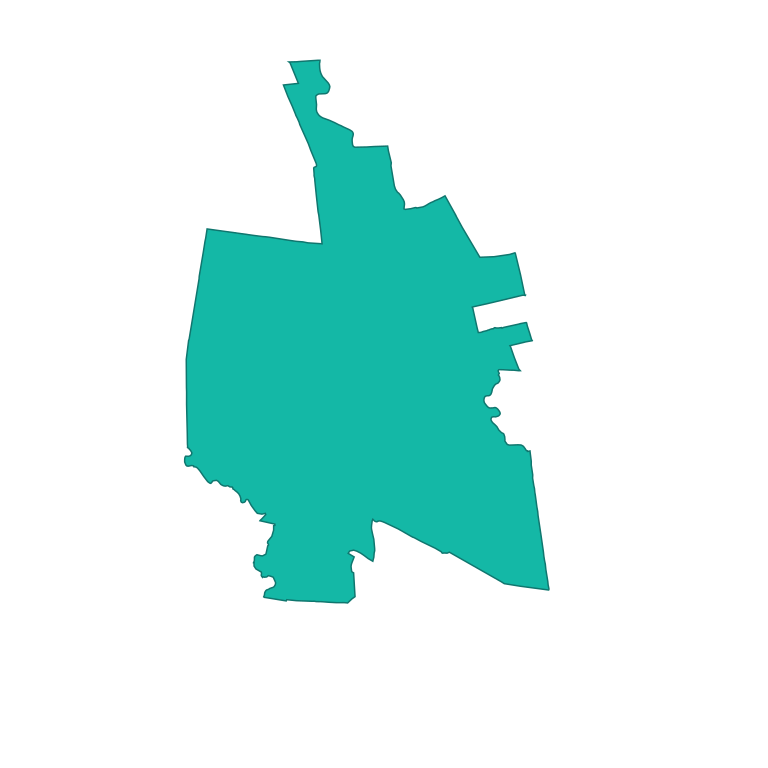 outline of Ulmi, Giurgiu, Romania, rotated 31°
{"feature_id": "2599482B15778475924534", "entity_name": "Ulmi", "entity_type": "district", "adm_level": 2, "iso_a3": "ROU", "parent_name": "Romania", "parent_adm1": "Giurgiu", "projection": "equal_earth", "projection_center": [25.773, 44.5], "detail": "fine", "context": "isolated", "style": "filled", "palette": "teal", "viewbox_px": 768, "rotation_deg": 31, "n_neighbors": 0, "source": "geoboundaries", "source_scale": "gbopen_adm2", "svg_char_len": 6158}
<svg xmlns="http://www.w3.org/2000/svg" viewBox="0 0 768 768"><g transform="rotate(31 384 384)"><path d="M434.4,607.2L436.1,606.1L438.0,605.4L442.7,602.7L449.1,599.5L456.1,595.8L462.5,591.9L465.6,590.4L467.2,584.7L468.7,581.2L455.2,561.5L453.9,561.6L452.8,561.3L449.8,557.5L449.1,555.9L448.6,554.0L447.5,547.6L440.5,547.6L440.6,545.0L441.4,544.0L442.4,543.2L443.4,542.1L446.7,541.3L450.9,541.0L454.8,541.2L460.5,541.8L465.7,541.7L464.5,537.7L462.6,533.9L461.9,531.7L460.7,529.8L455.2,522.3L451.2,518.2L448.5,515.3L447.3,513.8L446.2,511.7L444.3,507.3L444.1,505.7L446.4,506.3L447.4,506.3L448.8,505.8L449.1,505.5L449.3,504.9L450.6,503.7L451.5,503.3L453.4,502.8L455.8,502.4L470.8,500.9L485.3,500.6L487.5,500.5L488.8,500.2L497.1,499.8L512.4,498.4L519.4,498.3L520.6,498.9L521.2,498.9L522.9,497.7L525.2,496.5L526.7,494.5L586.1,493.1L589.9,493.2L605.1,487.1L631.2,475.8L631.3,475.5L630.7,474.4L628.1,471.6L626.1,468.9L618.4,459.8L615.1,455.4L612.6,452.7L609.9,449.5L607.1,445.8L596.5,432.8L583.8,417.4L581.4,414.1L578.5,410.8L571.0,401.4L569.1,399.2L566.9,396.2L564.8,394.0L559.9,388.2L558.3,385.3L552.0,377.7L550.1,374.5L543.6,366.2L542.3,367.5L541.7,367.9L541.4,367.4L540.2,367.6L539.5,367.4L538.5,366.8L535.6,365.6L533.4,365.6L532.7,365.8L530.2,367.1L523.0,371.8L521.5,372.2L520.7,372.3L517.3,370.8L516.7,370.2L516.4,369.5L514.6,367.0L512.5,365.2L511.5,365.0L509.8,365.2L506.9,364.5L506.1,364.3L502.7,362.4L499.9,361.7L497.2,361.2L495.5,360.5L494.1,359.5L493.7,358.8L493.5,357.9L493.5,357.1L493.7,356.6L494.7,355.7L496.7,354.6L498.3,352.8L498.7,352.1L498.9,351.3L499.0,350.4L498.9,349.7L498.4,349.0L497.7,348.4L496.6,347.8L494.6,347.0L493.6,346.8L492.1,346.7L491.1,347.1L489.7,348.4L487.2,350.0L486.3,350.3L485.4,350.3L483.9,350.0L480.2,348.6L479.2,347.9L477.9,346.4L477.1,344.3L477.0,342.8L477.6,341.8L478.4,341.0L479.8,340.1L480.5,339.3L480.8,338.3L480.9,337.6L480.6,335.7L480.0,333.8L479.6,332.9L479.4,331.7L479.4,329.3L479.4,328.2L480.0,326.2L481.2,324.6L481.5,322.8L481.5,321.5L481.2,320.6L479.8,318.8L478.4,317.8L477.4,317.4L477.3,315.5L476.0,314.8L475.3,314.2L474.9,313.6L475.0,313.2L475.0,312.8L475.3,312.4L478.8,310.4L484.7,307.3L488.2,305.3L492.7,303.2L493.9,302.4L492.2,301.9L491.4,301.4L482.2,294.3L473.2,286.8L472.2,286.3L483.8,274.9L488.8,270.5L488.8,270.4L487.7,270.0L483.0,265.7L477.0,260.5L474.8,258.2L474.2,258.1L470.0,261.8L468.5,263.4L457.8,273.5L457.2,274.1L456.5,275.3L456.1,275.4L455.7,275.1L453.1,277.2L451.1,278.3L450.2,278.5L449.8,278.8L449.5,279.2L449.4,279.9L449.3,280.2L447.8,281.4L446.6,282.8L446.4,283.3L445.4,284.2L444.7,285.3L442.0,287.9L440.6,289.7L440.0,290.2L438.3,291.3L434.8,287.8L422.2,274.5L421.2,273.4L420.1,272.7L420.9,271.7L434.1,259.1L456.8,236.8L457.7,236.1L459.6,235.3L459.5,235.0L459.0,235.4L444.8,220.1L429.4,204.5L428.7,204.1L424.9,208.3L412.8,218.2L400.9,226.0L370.3,209.4L358.4,202.4L358.5,202.3L339.4,191.3L337.5,194.6L335.4,197.8L333.2,200.7L332.0,202.7L330.7,204.4L329.2,207.0L328.8,207.9L327.4,210.4L326.2,212.1L321.4,216.3L320.8,216.2L320.0,216.6L316.6,220.0L312.3,223.4L310.9,223.6L308.9,219.2L307.6,217.5L305.7,216.1L300.7,213.6L298.2,212.8L296.8,212.7L293.5,211.1L290.8,208.8L277.6,193.4L276.3,190.6L267.7,181.9L264.6,178.2L253.3,185.5L247.5,189.5L237.8,195.6L236.9,196.1L235.3,196.1L234.1,195.3L233.5,194.7L231.6,192.2L230.7,190.7L230.0,188.9L229.7,187.5L229.1,185.9L228.8,185.4L227.7,184.4L226.4,183.9L223.8,183.8L216.5,184.6L214.2,184.7L211.7,185.1L207.0,185.4L201.3,186.1L194.7,187.4L192.9,187.5L190.3,187.3L188.7,186.7L186.5,185.6L185.3,184.4L184.4,183.3L182.3,179.3L178.5,174.3L177.5,172.8L177.3,172.0L177.7,170.6L178.4,169.4L178.8,168.9L183.5,165.8L184.3,165.2L185.2,164.2L185.5,163.5L185.7,162.5L185.7,161.2L184.9,158.1L184.7,157.9L184.5,157.1L183.3,155.9L181.4,154.8L172.9,152.2L171.0,151.0L169.6,150.0L167.7,148.2L166.1,146.2L163.7,142.6L163.3,141.4L162.4,139.5L160.7,140.5L146.3,150.5L143.0,152.9L136.7,156.9L137.9,157.0L139.8,158.4L155.8,170.4L143.8,179.5L153.6,187.1L162.5,193.3L168.9,198.1L170.2,199.2L172.8,200.8L176.5,203.4L178.2,205.0L195.4,217.0L201.1,221.6L212.2,229.8L213.0,230.6L213.6,231.3L213.9,232.4L212.5,234.3L212.5,235.1L215.8,239.8L216.8,241.5L218.9,243.7L219.6,244.8L228.7,257.0L238.8,270.3L241.1,272.8L250.5,284.8L258.7,295.7L246.1,302.2L241.4,303.9L235.3,306.9L229.4,309.4L210.2,317.2L206.2,319.0L204.3,320.0L195.9,323.7L152.5,342.2L156.0,350.7L157.1,353.9L161.3,364.3L169.8,386.0L170.6,387.8L171.0,388.4L171.6,389.8L193.9,446.0L194.1,447.3L201.8,464.7L216.5,488.8L218.9,492.5L225.3,503.2L240.4,527.0L246.5,536.8L247.9,538.7L248.1,539.4L248.4,539.7L250.2,539.7L250.7,540.2L251.6,540.3L253.0,540.9L254.7,541.9L255.1,542.9L255.2,544.0L255.1,544.7L254.8,545.4L253.8,546.6L251.2,548.0L251.1,548.6L251.3,549.8L252.1,551.5L253.3,553.5L255.9,555.5L257.4,555.8L258.9,555.0L260.8,553.1L262.9,552.2L263.6,552.9L264.6,552.4L265.9,552.0L267.4,552.1L270.7,553.2L277.3,556.2L283.2,558.5L285.6,558.7L286.7,558.4L287.1,556.9L287.0,555.8L287.6,554.8L290.1,552.8L292.1,552.8L295.8,554.1L297.7,554.1L299.4,553.8L301.0,553.0L301.8,552.1L302.7,551.5L304.7,551.6L307.1,550.5L307.8,550.8L308.2,551.4L308.7,551.8L310.1,551.7L311.1,552.0L313.5,552.3L316.0,552.9L318.4,554.3L320.5,556.2L321.3,557.9L322.6,558.8L323.9,558.6L325.1,557.4L325.6,556.2L325.3,554.4L325.7,553.7L326.5,553.3L327.4,553.3L332.8,556.5L338.9,559.1L342.0,560.1L346.4,558.4L348.9,556.0L349.9,556.9L348.8,562.3L348.1,564.8L348.1,565.1L362.6,560.3L363.3,561.4L362.4,562.3L364.7,566.2L366.3,572.4L365.5,577.9L365.5,579.0L366.0,580.2L367.2,580.7L367.9,581.5L367.7,582.6L370.3,590.3L370.3,590.8L368.4,593.9L367.0,594.6L363.0,595.8L362.2,597.6L362.1,599.1L363.6,601.7L364.0,602.7L364.2,604.3L364.7,604.1L365.0,604.9L365.8,606.0L366.4,607.0L369.5,608.5L375.6,608.4L376.4,609.1L377.3,611.2L378.2,611.9L379.6,612.3L379.6,611.5L381.0,611.2L382.7,609.9L383.1,609.2L383.5,607.9L385.6,607.2L387.7,606.8L388.4,606.7L388.9,606.9L393.2,609.9L393.8,610.9L394.2,612.2L394.2,613.6L394.1,614.6L393.6,615.5L391.4,618.1L390.8,619.4L389.4,621.1L389.2,621.9L389.1,623.0L389.3,624.5L389.9,625.8L390.4,627.4L390.5,628.4L391.4,628.5L391.8,628.3L411.9,620.3L411.7,619.0L420.4,614.9L434.4,607.2Z" fill="#14b8a6" stroke="#0f766e" stroke-width="1.5"/></g></svg>